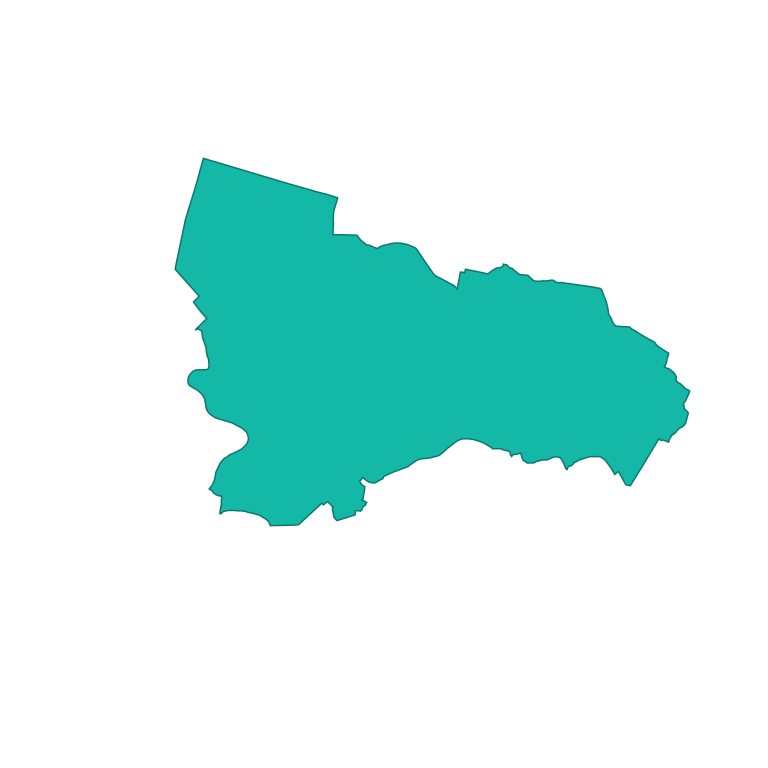 outline of Mediesu Aurit, Satu Mare, Romania, rotated 33°
{"feature_id": "2599482B60738001059881", "entity_name": "Mediesu Aurit", "entity_type": "district", "adm_level": 2, "iso_a3": "ROU", "parent_name": "Romania", "parent_adm1": "Satu Mare", "projection": "albers", "projection_center": [23.173, 47.794], "detail": "fine", "context": "isolated", "style": "filled", "palette": "teal", "viewbox_px": 768, "rotation_deg": 33, "n_neighbors": 0, "source": "geoboundaries", "source_scale": "gbopen_adm2", "svg_char_len": 6134}
<svg xmlns="http://www.w3.org/2000/svg" viewBox="0 0 768 768"><g transform="rotate(33 384 384)"><path d="M365.8,564.7L382.3,553.5L387.7,549.6L389.0,548.4L396.8,517.8L399.1,518.3L400.7,513.3L408.6,515.1L408.3,516.3L414.7,523.1L418.9,524.2L427.5,513.8L430.9,509.8L430.9,509.2L430.4,507.9L429.9,507.1L429.3,506.5L429.2,506.2L429.2,505.6L429.4,505.4L430.8,504.7L432.9,503.7L433.5,503.5L434.1,501.9L434.0,501.6L433.5,500.8L433.4,497.4L434.3,496.3L434.0,492.8L431.6,492.9L429.2,493.2L428.7,493.5L428.9,491.5L427.9,489.7L426.0,484.8L423.8,480.5L420.3,480.5L419.9,480.5L416.3,478.6L416.9,477.4L417.1,474.1L418.5,474.3L422.5,474.5L424.5,474.5L425.9,474.1L429.1,472.7L430.1,472.0L431.0,470.5L432.1,468.2L434.6,464.0L434.6,463.7L434.5,463.0L434.2,462.1L434.2,461.9L435.0,460.1L437.3,456.5L440.1,452.4L443.5,447.8L449.3,440.1L449.2,439.8L450.8,435.5L452.9,430.4L453.2,429.8L454.4,428.3L456.5,426.0L458.2,424.8L463.1,420.7L467.5,415.9L469.0,414.0L469.5,412.9L470.4,410.3L471.7,405.6L472.2,403.1L473.0,401.5L473.5,399.8L475.8,393.3L477.3,390.4L477.8,389.6L478.8,388.3L480.3,386.8L483.3,384.8L485.7,383.5L488.3,382.2L489.3,381.8L495.8,380.0L498.5,379.4L500.9,379.1L508.2,378.8L509.5,379.0L510.3,379.2L517.8,374.2L518.3,374.5L518.8,374.6L526.4,372.1L526.7,372.6L527.9,373.5L528.6,374.7L529.0,374.9L529.8,374.9L530.5,375.3L530.8,373.0L531.9,371.8L534.1,370.0L534.4,369.5L535.1,369.0L535.3,368.4L536.2,367.5L539.5,370.3L542.0,372.1L542.6,372.3L544.9,372.0L546.3,372.3L547.0,372.2L547.8,371.8L551.1,369.6L553.0,368.2L553.8,366.3L554.2,365.7L554.6,365.2L555.7,364.4L556.0,364.0L556.7,362.9L557.2,362.3L560.5,359.8L562.2,358.8L564.0,355.9L566.0,353.1L567.1,351.9L568.6,350.9L572.0,349.8L572.8,350.0L578.0,352.7L578.9,353.3L580.7,354.7L582.7,356.0L583.6,356.1L584.1,356.0L584.3,355.9L584.2,355.5L583.6,354.0L583.6,353.5L583.8,352.8L584.3,351.7L585.2,350.9L585.8,349.7L586.2,348.4L586.5,346.1L587.4,344.5L588.5,343.0L589.2,340.9L589.4,340.7L589.8,340.6L595.7,333.3L596.8,332.4L600.7,329.9L604.3,327.5L604.8,327.3L607.1,327.1L610.7,327.4L616.0,329.2L620.1,330.8L626.8,334.2L628.0,330.0L628.3,330.2L628.6,330.1L629.4,330.2L632.9,332.1L634.8,333.2L641.8,336.8L644.7,335.7L646.0,335.1L645.7,322.7L645.6,315.8L644.4,280.1L645.1,280.1L646.1,280.5L647.1,280.3L647.4,280.2L648.0,279.4L648.4,279.1L649.2,278.9L649.5,279.0L650.4,278.7L651.1,278.3L651.5,277.9L652.4,278.0L652.9,278.3L653.4,278.2L654.2,277.6L654.4,277.2L653.9,276.9L653.4,273.8L653.3,269.3L653.4,268.9L654.1,268.9L654.3,268.7L654.0,268.0L654.0,267.7L654.9,266.6L655.0,266.1L655.1,265.5L655.0,264.4L655.4,262.0L656.3,259.4L657.1,258.3L657.5,257.2L658.0,256.2L658.3,254.7L658.2,252.1L658.0,251.6L657.9,251.1L657.4,249.8L656.4,246.7L655.8,245.0L655.3,243.0L654.9,242.6L654.1,242.1L653.1,241.8L649.7,241.2L648.8,240.8L648.3,240.0L647.8,239.2L647.1,238.7L646.5,238.4L646.3,237.3L645.8,236.8L645.6,236.3L646.2,234.2L644.5,223.9L644.1,223.4L643.3,223.3L640.5,223.6L639.3,223.7L637.1,223.3L635.7,222.9L633.2,222.7L632.3,222.3L630.8,222.6L628.5,222.4L627.4,222.1L626.2,221.4L625.9,219.8L625.7,219.3L625.4,218.9L622.6,217.4L620.1,216.4L618.6,216.4L616.4,216.1L614.2,216.1L613.8,216.4L612.7,216.7L609.8,217.0L609.8,215.8L609.6,214.2L609.3,212.8L609.0,211.5L608.6,210.7L608.0,209.7L607.7,208.7L607.4,207.2L606.1,203.2L598.7,203.3L592.2,203.1L590.5,202.6L588.4,201.6L582.8,202.0L578.2,202.4L569.3,202.7L567.1,202.6L563.0,202.9L561.0,202.8L559.1,202.5L557.9,202.9L551.3,206.8L548.5,208.2L546.9,209.3L545.1,208.8L542.9,208.0L541.2,207.0L538.5,205.0L536.2,204.0L534.6,203.2L533.8,202.5L532.3,200.7L530.7,198.8L525.2,193.5L523.6,192.5L518.9,189.2L515.5,186.6L513.6,186.0L505.9,189.1L476.5,202.8L475.5,203.9L472.5,205.1L471.7,204.8L470.5,204.8L469.6,204.9L468.6,205.2L467.7,205.8L466.3,207.0L465.5,207.9L464.7,208.6L462.4,210.3L460.6,211.3L459.8,212.0L458.9,212.9L454.4,215.6L453.3,215.8L452.6,215.8L445.5,214.5L437.6,218.5L428.5,217.3L425.5,218.1L422.1,217.2L418.8,218.5L419.7,220.1L418.2,223.1L415.1,225.5L412.7,230.5L411.2,235.1L404.7,237.5L389.8,243.4L391.1,246.7L387.6,248.1L387.7,248.5L387.2,248.8L393.7,264.5L393.4,264.5L390.2,263.5L389.4,263.4L382.0,263.9L368.3,265.2L366.4,265.0L358.8,262.0L337.8,253.1L336.3,252.9L335.4,252.9L333.0,253.3L328.0,254.2L325.0,255.3L321.2,256.8L319.8,257.7L316.1,260.0L313.9,262.0L307.9,268.4L306.4,270.3L306.0,271.0L305.7,271.5L304.7,274.0L304.4,274.0L301.1,274.9L296.4,275.5L296.0,275.6L294.3,276.6L293.1,276.8L289.3,276.3L286.8,276.1L284.6,275.5L280.1,274.0L267.4,281.8L259.9,286.6L255.4,279.1L253.9,276.3L253.6,276.1L253.3,276.0L250.3,271.1L247.8,266.7L243.8,253.1L232.5,256.2L222.5,259.6L186.3,270.6L109.7,293.1L110.1,294.6L117.4,317.6L119.0,323.1L122.4,334.9L122.6,335.7L124.7,343.2L127.9,354.2L144.0,395.8L146.4,401.5L181.3,411.1L179.5,419.0L188.7,422.4L192.8,423.7L199.7,425.6L199.1,428.5L198.7,429.8L197.9,434.3L197.2,437.0L196.3,441.5L197.7,439.6L199.5,438.9L200.9,438.9L202.1,439.0L203.3,440.0L205.5,442.7L206.6,443.9L209.5,446.2L211.7,447.8L214.7,450.2L216.0,451.7L217.3,453.5L218.9,455.3L220.9,457.1L222.3,458.0L223.7,459.2L226.1,462.3L227.1,463.6L227.7,464.8L228.2,466.3L228.1,467.5L227.4,468.5L226.6,469.2L225.4,469.9L223.8,471.1L219.8,473.7L218.4,474.9L217.0,477.3L216.4,479.4L216.2,481.2L216.1,483.1L216.3,484.9L217.4,487.2L218.3,488.9L219.7,490.2L221.6,491.2L224.1,491.2L229.3,490.9L232.4,490.9L236.1,491.6L239.0,492.6L241.5,494.1L243.2,496.0L245.0,497.6L247.2,500.3L249.4,502.2L252.5,503.7L255.6,504.2L261.6,504.1L270.2,501.6L273.7,500.5L277.5,499.4L286.7,498.5L290.6,498.4L292.6,498.9L293.3,498.8L295.5,499.6L297.4,500.8L300.0,503.5L300.9,505.6L301.5,508.9L301.0,512.2L300.0,516.1L297.4,520.9L292.9,527.9L292.1,530.7L290.6,533.4L289.9,537.0L289.8,540.5L291.1,549.9L292.8,553.5L294.2,557.5L295.0,562.4L294.6,566.5L294.6,567.3L297.9,567.1L298.3,567.4L300.5,568.2L302.1,568.4L304.9,568.1L306.4,567.7L307.2,567.4L309.0,566.3L311.5,571.1L312.8,572.8L313.4,573.6L313.5,574.1L313.5,574.8L314.6,577.1L316.8,582.0L317.9,581.8L318.2,580.2L318.7,578.6L320.5,576.5L322.4,574.8L327.1,571.7L329.8,570.4L332.9,568.4L336.8,566.4L340.2,565.6L342.8,564.4L351.3,561.8L359.3,561.7L362.5,562.4L365.3,564.2L365.8,564.7Z" fill="#14b8a6" stroke="#0f766e" stroke-width="1.5"/></g></svg>